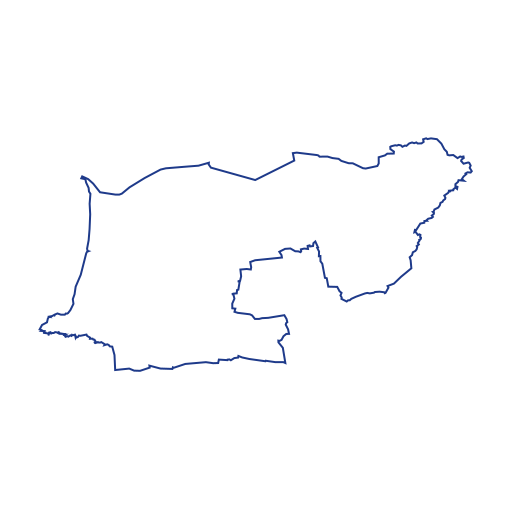 outline of Drogheda Rural Lea-4, Louth, Ireland, rotated 177°
{"feature_id": "5873133B41163047838310", "entity_name": "Drogheda Rural Lea-4", "entity_type": "district", "adm_level": 2, "iso_a3": "IRL", "parent_name": "Ireland", "parent_adm1": "Louth", "projection": "equal_earth", "projection_center": [-6.354, 53.766], "detail": "fine", "context": "isolated", "style": "outline", "palette": "blue", "viewbox_px": 512, "rotation_deg": 177, "n_neighbors": 0, "source": "geoboundaries", "source_scale": "gbopen_adm2", "svg_char_len": 4561}
<svg xmlns="http://www.w3.org/2000/svg" viewBox="0 0 512 512"><g transform="rotate(177 256 256)"><path d="M91.8,263.0L92.1,263.6L90.5,264.5L90.3,265.7L91.1,266.4L90.7,268.5L91.8,269.1L93.2,268.5L95.4,271.8L96.6,271.4L95.9,273.8L94.7,273.5L90.2,279.8L86.2,280.4L86.0,282.1L83.5,282.2L84.0,282.7L82.1,284.2L78.6,284.8L77.3,285.8L78.3,287.2L76.3,288.6L76.0,289.7L77.1,290.8L76.2,291.1L75.4,293.1L71.5,294.8L69.8,296.9L69.0,299.4L66.9,300.3L66.1,301.7L64.2,303.0L63.8,304.2L64.8,306.5L60.8,309.0L60.2,310.1L59.2,310.3L59.6,311.1L55.6,311.3L55.5,312.2L53.2,313.9L51.7,312.5L51.2,314.5L53.2,315.3L53.1,317.3L50.4,319.4L49.8,321.1L44.5,320.3L46.4,322.0L44.6,324.5L41.8,326.7L42.4,327.5L40.4,328.5L37.3,328.1L36.1,329.4L38.0,332.9L36.9,335.1L38.2,337.9L39.2,338.3L43.9,337.3L46.2,340.2L45.6,341.6L43.4,343.0L43.6,344.5L45.9,344.2L46.9,344.7L49.6,343.2L53.7,346.5L57.7,346.4L59.4,347.0L60.0,350.1L62.3,352.7L65.0,358.5L69.2,363.2L75.1,364.3L78.7,363.8L79.9,364.6L83.0,363.8L82.6,361.2L84.8,359.8L88.7,359.9L89.9,361.0L92.2,360.4L94.2,361.2L97.1,360.4L100.0,358.1L101.5,358.5L104.1,357.4L105.5,358.9L107.8,359.5L109.5,358.9L111.2,359.3L115.3,358.5L116.2,358.0L116.2,355.7L112.8,353.0L113.1,351.1L119.6,351.3L122.0,349.7L128.3,348.2L128.6,342.0L130.1,339.5L141.9,337.6L144.6,338.1L154.5,343.5L158.6,343.8L165.8,346.5L168.4,348.7L174.5,349.8L179.3,351.5L187.4,351.9L188.4,353.1L189.8,353.6L209.9,357.1L213.8,356.8L212.8,349.3L252.8,331.9L296.4,346.6L298.5,350.0L298.2,351.6L308.7,349.2L320.8,348.9L341.4,348.3L346.8,347.3L363.1,339.7L378.7,331.2L386.7,325.3L389.2,324.5L393.3,324.7L408.4,327.8L414.8,336.8L419.5,341.5L425.4,344.6L426.4,342.7L422.4,341.6L421.8,338.2L419.6,332.8L419.4,329.1L418.1,326.8L419.4,316.9L419.4,306.3L420.8,291.6L422.3,280.5L424.3,272.2L424.0,270.0L423.0,269.6L424.5,269.1L425.4,267.6L432.0,246.4L437.7,234.8L439.2,227.3L441.2,222.5L440.8,217.8L444.2,211.7L446.7,208.8L447.8,208.3L449.0,208.5L450.0,207.4L453.8,207.6L457.3,209.0L459.8,208.1L460.2,207.4L460.5,207.8L462.7,206.7L465.6,206.3L465.2,205.9L465.9,206.0L467.1,204.5L468.2,200.7L473.3,198.3L475.9,194.0L473.3,193.0L474.2,193.0L473.5,192.7L474.0,192.4L471.1,192.1L471.6,191.0L471.0,190.9L471.7,190.7L470.9,190.6L471.2,190.2L467.7,189.6L467.0,187.5L467.2,189.5L466.3,189.9L467.4,190.2L464.4,190.8L466.0,189.8L464.5,189.3L463.4,189.8L462.0,189.7L460.6,190.5L457.9,189.9L457.0,190.3L456.5,189.6L455.8,189.7L456.5,189.2L454.7,188.8L455.1,188.5L450.9,188.1L451.5,187.2L450.6,187.2L451.3,186.8L450.6,185.6L451.2,185.1L448.4,185.8L447.6,185.3L445.5,186.5L444.6,185.9L443.9,186.9L443.3,186.4L440.9,186.9L440.4,183.9L439.9,184.8L439.5,184.0L438.0,184.5L437.0,185.8L435.6,185.5L429.4,186.4L428.8,185.0L426.0,183.2L426.2,182.0L423.5,182.0L422.8,181.0L421.7,180.9L420.5,178.8L422.4,177.8L420.8,178.0L421.7,177.3L418.9,178.0L416.3,177.7L415.0,178.1L411.5,175.7L412.0,174.9L409.2,175.6L407.8,174.9L406.7,173.4L404.3,173.0L402.5,164.5L402.6,149.5L388.5,150.2L383.7,147.9L377.8,147.4L368.0,150.1L368.2,152.1L357.3,148.6L345.4,147.6L344.8,149.2L343.9,148.7L332.3,151.9L311.6,152.6L304.4,151.2L299.4,151.1L298.5,154.5L290.0,153.5L289.8,154.0L287.9,154.1L286.6,153.2L283.0,155.2L279.2,155.5L278.8,157.1L275.1,155.4L268.1,153.5L252.1,150.4L251.8,150.9L242.3,149.0L234.3,148.6L232.3,147.6L234.0,162.9L238.1,168.6L238.1,170.3L236.9,170.0L234.9,170.9L232.7,174.5L229.8,176.6L227.1,176.5L227.8,181.1L229.9,185.9L229.4,187.4L228.2,188.3L228.8,191.5L230.8,195.4L247.1,193.6L253.2,193.6L256.1,193.0L260.4,193.2L263.0,196.9L265.2,198.1L277.2,200.2L280.4,201.4L279.4,204.5L282.4,205.0L282.2,209.7L279.8,214.5L280.6,219.0L282.1,219.0L280.7,219.6L277.2,219.7L276.7,223.0L275.4,223.3L273.7,231.1L275.5,231.7L273.2,232.0L271.9,236.5L272.3,243.3L265.9,243.5L261.9,242.8L261.4,245.0L262.1,250.3L257.1,251.8L230.2,253.1L230.5,255.6L232.5,259.0L226.6,261.6L221.2,261.7L216.6,258.7L213.4,258.4L211.3,257.5L210.6,258.4L210.8,260.3L207.5,260.9L203.7,260.3L203.9,263.4L201.9,263.8L201.5,262.7L198.5,263.0L198.0,265.8L196.0,267.4L193.6,261.3L194.5,261.0L192.8,257.2L193.2,252.5L191.7,252.6L191.9,247.4L190.2,244.8L188.3,230.6L186.5,230.1L185.4,221.6L176.5,220.9L174.4,216.4L172.5,214.7L173.7,212.2L172.6,210.1L172.9,208.7L167.8,205.8L166.4,206.9L164.7,206.9L163.1,208.2L158.3,210.1L149.2,212.9L146.8,213.3L144.3,212.7L140.1,213.2L139.2,213.8L134.5,213.9L129.9,213.1L129.3,212.1L128.6,212.4L125.4,217.4L126.2,219.1L119.7,221.2L112.2,227.7L101.5,235.6L101.8,243.6L102.6,246.7L100.1,248.7L99.2,251.5L96.6,252.7L95.2,254.3L94.5,256.6L95.0,257.5L92.8,259.0L93.7,260.5L91.8,263.0Z" fill="none" stroke="#1e3a8a" stroke-width="2"/></g></svg>